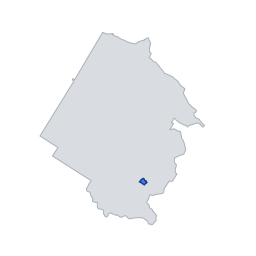 Abu Karinka, Eastern Darfur, Sudan (highlighted), rotated 302°
{"feature_id": "16777658B5227660159889", "entity_name": "Abu Karinka", "entity_type": "district", "adm_level": 2, "iso_a3": "SDN", "parent_name": "Sudan", "parent_adm1": "Eastern Darfur", "projection": "albers", "projection_center": [26.599, 11.574], "detail": "fine", "context": "in_parent", "style": "filled", "palette": "blue", "viewbox_px": 256, "rotation_deg": 302, "n_neighbors": 0, "source": "geoboundaries", "source_scale": "gbopen_adm2", "svg_char_len": 4232}
<svg xmlns="http://www.w3.org/2000/svg" viewBox="0 0 256 256"><g transform="rotate(302 128 128)"><path d="M170.8,191.4L168.8,191.5L168.6,191.0L168.6,189.7L168.8,188.7L169.5,187.1L169.3,186.3L169.4,185.0L168.8,183.7L163.9,179.8L163.0,178.7L160.4,177.8L160.8,176.7L159.6,168.5L160.1,167.6L160.2,166.1L160.2,164.9L160.7,162.8L160.8,161.9L155.7,161.9L155.7,162.8L155.9,163.8L155.9,164.2L148.9,164.4L151.8,167.6L151.9,169.0L151.8,170.7L151.9,171.8L152.1,172.6L152.8,174.0L152.6,174.6L147.7,179.0L146.9,181.0L146.3,182.0L144.8,183.8L140.3,188.4L139.6,188.7L136.1,188.9L135.8,189.1L135.5,189.3L135.3,189.2L132.3,186.6L127.3,183.4L124.0,185.1L123.1,185.8L123.1,187.3L122.6,188.1L121.7,189.0L119.2,189.6L118.0,190.0L116.4,190.9L115.0,192.4L114.9,193.2L115.0,193.8L106.5,193.9L106.0,193.3L104.7,190.9L103.9,191.1L96.1,190.8L95.0,191.1L92.8,192.1L91.7,192.2L90.6,191.8L86.5,187.0L85.6,186.4L84.7,185.3L83.8,184.8L83.5,184.4L83.4,183.9L83.5,182.9L83.2,182.2L82.6,182.1L77.1,183.2L76.3,183.0L75.2,183.2L74.8,183.4L74.3,184.1L74.2,185.4L74.1,186.0L73.7,186.7L72.1,188.3L71.7,189.0L71.8,190.8L71.7,191.7L71.5,192.1L70.8,192.8L70.5,193.2L70.2,195.4L69.4,196.8L69.2,197.3L69.1,198.3L69.0,198.6L66.5,199.3L65.6,199.8L65.0,200.6L64.8,200.9L63.8,200.7L62.4,200.4L59.8,200.2L58.8,199.8L58.3,199.3L58.5,197.9L58.3,197.6L57.8,197.3L57.6,196.7L57.6,196.0L59.0,194.4L59.3,193.6L59.7,189.6L59.6,188.4L58.6,186.1L56.1,182.3L55.5,181.5L52.5,178.3L52.1,177.8L51.4,176.4L52.3,173.5L52.3,172.7L52.1,171.9L51.3,171.2L50.7,171.1L49.8,170.3L49.2,170.0L48.6,169.3L48.3,168.3L48.6,164.8L48.4,164.4L47.6,164.2L47.5,163.3L47.1,161.3L46.7,159.7L46.9,158.8L46.3,157.6L45.0,157.0L42.6,157.4L41.8,157.3L41.3,157.1L40.9,156.6L40.8,156.1L40.9,155.3L41.7,153.8L42.5,152.6L44.3,151.5L44.8,151.0L45.1,150.3L45.1,149.6L45.0,148.8L44.9,148.1L44.3,147.1L43.9,146.0L43.9,145.2L44.1,144.7L44.6,144.0L46.4,142.8L48.2,141.8L48.5,141.4L48.4,140.9L47.6,140.0L47.3,138.4L46.9,137.2L47.8,136.3L48.5,136.0L49.5,135.7L50.0,135.4L50.1,134.6L50.1,134.0L50.4,133.5L51.0,132.4L51.4,131.9L52.7,130.6L53.1,129.8L53.2,129.0L52.8,126.6L53.6,125.7L54.6,124.8L56.1,124.9L58.3,124.8L59.8,124.4L60.9,124.5L63.4,124.9L63.7,124.7L63.8,124.1L64.2,78.8L74.3,78.9L74.6,57.6L138.1,57.3L138.6,57.2L139.5,55.2L140.0,55.1L140.6,55.2L140.8,55.6L140.4,57.2L195.7,55.8L196.0,58.2L196.5,60.1L198.1,62.8L199.5,64.3L200.0,65.1L200.1,65.4L200.1,65.8L199.6,65.4L198.9,65.2L198.9,66.5L199.3,69.1L199.9,71.0L199.6,72.7L199.8,75.6L200.6,79.1L200.6,81.4L201.9,86.6L203.2,89.4L203.8,90.1L204.5,90.5L205.9,90.7L207.9,92.1L209.5,93.6L210.1,94.4L210.9,95.2L211.4,95.1L211.7,94.8L212.3,95.5L214.8,97.0L215.2,97.7L214.4,98.4L213.4,99.7L212.9,100.9L212.7,101.2L211.9,102.0L211.8,102.3L211.4,102.6L211.0,102.6L210.2,103.0L209.4,102.9L208.6,103.2L208.4,103.5L207.8,103.7L206.9,103.9L205.7,104.9L204.6,105.4L204.2,105.8L203.7,107.8L203.2,108.3L201.6,108.4L200.7,108.6L199.6,108.5L199.1,108.5L198.9,108.9L198.8,110.6L198.9,111.3L198.0,113.2L198.4,116.7L197.6,119.4L197.5,120.0L196.6,122.2L196.2,123.0L195.1,126.9L194.7,128.1L193.8,129.5L195.1,138.9L194.4,141.8L194.4,143.4L193.9,145.7L193.5,146.8L192.8,148.1L192.2,149.6L191.7,151.5L191.5,155.2L191.3,155.5L188.3,156.1L187.3,156.4L186.7,156.8L186.0,157.7L184.5,160.3L183.7,161.9L182.5,164.1L181.1,165.7L180.8,166.4L180.6,167.8L180.1,170.0L179.7,171.6L179.8,172.8L179.4,175.0L179.5,176.0L179.0,176.6L178.3,177.2L177.8,177.3L175.7,176.0L174.2,177.0L173.3,178.4L172.6,179.8L173.1,182.8L173.1,183.5L172.9,184.2L171.6,187.2L171.2,188.5L170.8,190.9L170.8,191.4Z" fill="#d9dde1" stroke="#a8b0b8" stroke-width="1"/><path d="M91.7,172.9L92.0,172.1L92.0,171.8L92.0,171.7L92.4,171.9L92.6,171.8L92.7,171.6L92.5,171.3L92.4,171.2L92.4,170.9L92.3,170.6L92.5,169.8L92.6,169.5L92.9,169.1L93.2,168.9L93.3,168.6L93.3,168.2L93.3,167.7L93.0,167.6L92.9,167.6L92.7,167.4L92.4,167.2L92.2,167.1L91.8,166.9L91.6,166.8L91.5,166.7L91.2,166.7L90.7,166.6L90.4,166.6L90.2,166.5L89.9,166.5L89.5,166.5L89.0,166.4L88.4,166.4L88.7,167.9L88.6,169.1L88.5,169.7L88.5,169.8L88.5,170.2L88.5,170.7L88.5,170.9L88.5,171.3L88.6,171.5L88.5,171.8L88.8,171.8L89.1,171.9L89.4,172.0L89.6,172.1L89.8,172.2L89.9,172.3L90.3,172.4L90.5,172.5L90.9,172.6L91.3,172.8L91.7,172.9Z" fill="#3b82f6" stroke="#1e3a8a" stroke-width="1.5"/></g></svg>